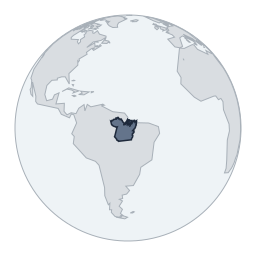 Pará highlighted on a globe, orthographic projection, rotated 350°
{"feature_id": "BRA-594", "entity_name": "Pará", "entity_type": "State", "adm_level": 1, "iso_a3": "BRA", "parent_name": "Brazil", "parent_adm1": "", "projection": "orthographic", "projection_center": [-50.886, -3.617], "detail": "fine", "context": "on_globe", "style": "filled", "palette": "slate", "viewbox_px": 256, "rotation_deg": 350, "n_neighbors": 0, "source": "natural_earth", "source_scale": "10m", "svg_char_len": 12197}
<svg xmlns="http://www.w3.org/2000/svg" viewBox="0 0 256 256"><g transform="rotate(350 128 128)"><circle cx="128" cy="128" r="113" fill="#eef3f6" stroke="#a8b0b8"/><path d="M90.1,21.9L91.3,21.5L91.3,22.8L93.5,21.9L94.9,22.3L98.0,21.6L97.1,22.4L100.4,21.2L100.6,20.6L102.1,20.0L104.0,19.6L103.1,20.4L102.1,20.7L102.8,20.8L101.6,21.4L103.3,20.9L102.1,22.2L106.0,20.4L107.3,21.1L105.8,22.1L102.4,22.5L90.4,27.3L87.8,29.0L87.5,30.7L94.5,32.3L93.1,34.3L93.8,36.5L96.2,34.9L96.5,32.7L101.1,30.7L100.9,28.6L102.8,27.6L104.1,25.5L107.7,25.3L110.5,26.4L109.7,28.2L110.9,28.9L114.8,26.9L116.2,30.6L122.3,33.7L122.2,34.9L116.5,37.1L108.7,37.2L101.4,41.5L110.0,38.4L109.7,42.0L111.3,42.6L113.5,42.4L115.1,41.0L115.9,42.4L107.6,45.6L106.8,44.4L109.4,43.2L105.8,43.5L100.2,46.3L100.5,48.3L91.8,51.5L91.9,53.1L90.0,54.9L90.4,52.1L89.5,57.4L79.3,64.1L77.8,74.5L75.1,66.7L71.6,66.1L67.1,66.7L66.7,68.4L61.3,67.8L55.5,72.0L51.9,80.6L52.6,87.0L58.7,86.5L61.3,82.6L66.2,81.4L61.2,91.8L69.6,92.6L67.9,100.5L70.2,104.4L74.7,103.1L79.3,104.8L83.0,100.0L88.8,97.3L88.5,103.7L92.0,97.7L95.1,100.7L106.9,100.2L105.9,101.7L115.8,109.3L127.2,112.7L129.8,117.5L128.4,120.5L132.5,121.4L132.5,123.3L149.3,126.7L158.2,131.9L158.2,138.8L151.2,146.6L146.0,163.5L133.8,168.9L131.4,175.7L123.3,185.6L115.7,184.9L118.7,189.8L115.2,192.8L110.6,193.1L110.5,196.5L107.1,196.7L109.9,198.9L105.7,203.5L108.4,207.1L105.7,210.8L107.6,212.9L106.1,212.8L104.8,213.6L105.1,214.8L99.9,212.9L96.9,208.2L97.7,205.7L95.6,205.3L97.1,198.9L95.3,200.2L93.4,190.7L94.6,182.6L93.0,159.7L90.2,155.2L81.7,150.2L71.4,133.9L73.6,127.0L71.6,123.9L78.3,114.1L76.9,105.5L74.6,104.4L72.1,107.8L64.7,102.9L62.6,96.6L43.0,88.6L41.7,85.8L42.8,80.7L42.0,66.1L39.7,80.3L38.3,77.9L38.3,73.0L39.6,71.4L41.5,64.3L41.0,62.1L45.6,53.7L55.9,42.9L55.2,44.1L57.7,41.7L58.8,40.2L58.8,39.8L68.9,32.1L69.3,31.9L79.4,26.4L90.1,21.9ZM76.6,78.2L86.2,82.9L80.1,83.9L81.4,82.8L79.1,80.8L74.6,79.1L69.4,80.6L76.6,78.2ZM82.4,72.0L80.6,71.7L82.4,71.6L82.4,72.0ZM58.5,39.9L58.5,40.3L56.8,42.4L56.4,42.2L58.5,39.9ZM62.1,36.7L62.8,36.3L59.9,38.5L60.4,38.0L62.1,36.7ZM102.0,25.8L103.0,25.7L102.2,26.1L102.0,25.8ZM101.6,25.1L100.0,25.8L99.5,25.6L100.5,25.2L101.6,25.1ZM103.7,24.5L99.0,25.1L98.3,24.8L101.5,23.1L103.7,24.5ZM99.9,20.6L99.7,21.2L98.1,21.1L99.9,20.6ZM98.5,20.8L91.5,22.2L92.6,21.4L94.7,21.0L94.8,20.5L98.9,19.4L99.7,19.4L98.2,20.1L100.9,19.2L98.5,20.8ZM102.6,19.7L101.1,20.0L101.9,19.3L105.2,18.7L103.8,19.1L102.6,19.7ZM92.9,21.1L94.1,20.6L97.7,19.5L98.7,19.3L99.1,19.4L92.9,21.1ZM104.6,19.1L106.8,18.5L108.0,18.5L104.1,19.5L104.6,19.1ZM100.8,19.4L101.4,19.1L102.1,19.1L100.8,19.4ZM113.8,18.7L111.9,18.8L112.2,18.4L113.8,18.7ZM107.5,18.2L107.0,18.3L107.0,18.2L108.6,17.8L107.5,18.2ZM101.6,18.7L102.8,18.4L101.6,18.6L104.2,18.0L105.2,17.9L106.0,17.7L104.9,18.1L101.6,18.7ZM110.0,17.3L110.7,17.7L114.0,17.5L113.8,17.8L108.5,18.1L110.0,17.3ZM107.1,17.7L108.9,17.5L107.8,17.8L105.9,18.3L107.1,17.7ZM106.1,17.6L102.1,18.4L102.3,18.3L106.1,17.6ZM111.2,17.1L111.6,17.1L111.2,17.1ZM107.9,17.3L106.5,17.5L107.9,17.3ZM111.9,16.8L112.1,16.9L110.8,17.1L111.9,16.8ZM110.3,16.9L111.0,16.8L110.2,17.1L109.6,17.1L110.3,16.9ZM108.4,17.2L108.1,17.2L109.0,17.1L108.4,17.2ZM116.7,16.1L116.1,16.4L113.2,16.8L114.2,16.4L116.7,16.1ZM109.1,216.9L100.6,213.7L105.2,215.1L107.2,213.2L112.1,215.8L109.1,216.9ZM115.5,212.1L118.6,211.1L119.6,211.7L117.8,212.5L115.5,212.1ZM205.6,46.3L206.2,46.9L207.7,48.4L208.2,48.9L206.7,47.5L205.7,46.5L204.6,45.6L209.3,50.9L211.6,53.2L210.4,53.8L214.1,57.9L214.9,59.6L208.9,53.5L207.2,51.4L198.7,45.3L200.4,47.5L208.6,53.6L207.3,53.0L209.7,56.6L207.0,53.5L197.6,46.8L194.6,48.2L195.9,57.1L193.1,58.0L188.3,56.3L182.6,47.4L189.6,46.6L187.7,43.9L181.8,40.3L184.4,40.6L182.9,39.2L185.1,38.9L183.8,35.7L185.4,35.4L180.7,31.6L180.8,31.1L183.6,33.4L186.4,35.1L189.8,35.2L189.2,34.5L185.8,32.1L187.2,32.7L183.5,30.5L183.4,30.0L180.5,28.9L176.4,26.7L174.1,25.3L172.2,24.5L176.1,26.9L178.1,28.1L180.7,29.3L185.7,33.1L185.5,33.7L178.2,29.4L177.0,30.0L171.8,26.9L164.5,21.7L163.7,21.2L163.8,21.2L171.5,24.1L178.9,27.5L186.1,31.5L192.9,35.9L199.4,40.9L205.6,46.3ZM230.6,81.5L227.1,74.6L225.9,72.4L225.8,72.2L225.5,71.7L227.4,75.3L225.0,71.3L232.4,85.6L234.7,91.9L235.0,92.8L237.5,101.4L239.2,110.1L240.3,119.0L240.6,127.9L240.3,136.8L240.3,137.2L240.0,140.0L238.6,149.3L236.5,158.4L236.2,159.3L233.7,165.5L230.6,173.5L228.8,176.1L226.5,180.6L223.2,185.2L218.9,189.4L215.2,189.0L217.6,184.8L219.7,176.6L223.7,157.1L227.4,148.5L228.2,141.7L225.2,126.6L226.1,118.5L224.6,115.0L222.0,115.8L220.0,111.7L218.1,111.5L204.5,114.3L198.6,109.1L187.7,93.7L189.0,87.5L186.3,80.6L192.6,58.2L197.2,59.4L205.9,57.0L207.5,57.8L210.1,62.6L219.4,69.2L218.2,65.2L223.2,69.2L224.2,69.6L218.3,60.6L216.6,59.7L212.8,55.3L211.3,52.2L211.7,52.6L217.2,59.2L222.3,66.3L226.7,73.8L230.6,81.5ZM194.3,69.2L195.0,71.1L194.3,69.2ZM107.3,100.2L108.7,101.4L106.7,101.4L107.3,100.2ZM78.9,86.4L81.1,86.5L82.2,87.4L80.4,87.8L78.9,86.4ZM98.2,85.8L100.8,86.3L97.9,86.9L98.2,85.8ZM87.8,83.5L96.0,85.7L90.4,87.7L85.2,86.4L89.0,85.7L87.8,83.5ZM80.7,75.5L82.0,75.9L81.3,77.0L80.7,75.5ZM83.7,72.0L83.1,72.1L82.6,71.2L83.7,72.0ZM110.2,41.8L110.9,41.6L113.0,41.7L111.7,42.3L110.2,41.8ZM124.2,39.1L125.1,41.4L123.6,40.0L121.9,41.1L116.8,39.9L121.9,35.5L120.5,37.6L124.2,39.1ZM111.3,37.5L114.0,38.5L110.9,37.6L111.3,37.5ZM172.2,32.8L174.4,33.5L175.6,35.0L173.6,36.3L171.7,34.0L172.2,32.8ZM177.2,34.3L170.5,30.2L171.5,29.5L172.1,30.5L173.4,30.5L174.7,32.2L182.2,35.9L183.8,37.6L179.1,38.5L179.8,37.1L177.6,36.4L177.2,34.3ZM151.7,23.9L148.8,23.0L154.7,22.7L156.7,23.6L154.8,24.7L151.3,24.2L151.7,23.9ZM110.2,21.7L108.7,22.0L108.9,21.6L110.4,21.2L110.2,21.7ZM112.9,18.8L116.9,20.5L115.4,20.8L119.6,21.9L117.3,23.2L114.6,22.4L116.0,24.4L112.7,24.2L114.0,25.6L108.4,23.6L105.5,23.8L109.7,23.0L111.9,21.8L112.0,21.3L110.0,20.1L104.9,20.2L106.2,19.3L108.6,18.6L110.0,18.4L108.7,19.0L111.6,18.4L110.7,19.2L112.9,18.8ZM135.1,15.7L133.0,15.7L138.7,16.0L137.9,16.2L138.6,16.2L139.4,16.6L141.6,17.1L140.7,17.2L142.0,17.4L142.5,17.8L143.9,18.1L142.9,18.5L144.5,19.1L143.0,19.0L146.2,19.9L143.4,19.4L143.8,20.0L146.3,20.2L137.0,22.8L135.3,24.9L135.3,27.0L130.5,26.4L127.3,24.1L125.7,21.6L128.0,20.0L125.4,20.2L125.8,19.5L127.7,19.6L124.9,19.1L125.7,18.6L124.2,17.4L119.8,17.3L119.1,17.0L121.3,16.8L119.1,16.7L122.7,16.2L122.3,16.1L125.5,15.7L129.8,15.7L129.0,15.6L131.4,15.5L135.1,15.7ZM117.6,15.9L123.0,15.6L125.3,15.6L118.8,16.3L118.7,16.5L114.7,17.4L111.6,17.4L113.0,17.1L113.7,16.9L114.4,17.0L114.3,16.7L116.3,16.4L116.8,16.2L118.4,16.1L117.6,15.9ZM207.3,56.1L208.2,56.3L209.1,56.2L210.6,58.6L207.3,56.1ZM201.0,51.6L201.5,51.3L204.0,54.3L203.1,54.2L201.0,51.6ZM199.5,48.7L201.3,51.0L199.8,49.7L199.5,48.7ZM183.8,33.2L184.1,32.9L185.0,33.4L185.8,34.3L183.8,33.2ZM149.1,17.3L151.8,17.9L150.2,17.6L149.8,17.5L145.8,16.8L146.0,16.8L147.0,17.0L149.1,17.3ZM219.2,62.0L220.2,63.6L219.5,62.7L219.3,62.3L219.2,62.0ZM216.2,60.9L217.9,62.2L216.6,61.5L216.2,60.9ZM151.4,17.8L151.5,17.8L149.8,17.5L150.0,17.5L151.4,17.8Z" fill="#d9dde1" stroke="#a8b0b8" stroke-width="1"/><path d="M115.8,117.0L116.2,117.2L117.0,117.1L117.9,117.3L118.1,117.2L118.1,116.9L117.8,116.5L117.7,116.5L117.9,116.2L118.0,116.0L118.5,116.2L119.1,116.2L119.3,116.0L119.7,115.9L119.7,116.0L120.0,115.8L120.2,116.1L120.4,116.2L120.5,116.5L120.3,117.0L120.4,117.4L121.2,117.5L121.7,117.7L121.7,118.0L121.9,117.9L122.2,118.2L122.5,118.1L122.8,118.2L122.8,118.5L123.0,118.4L123.0,118.6L122.9,118.7L123.0,119.1L123.3,119.3L123.6,119.5L123.6,120.1L123.8,120.4L123.8,120.8L124.0,121.3L124.6,121.7L124.6,122.0L124.8,122.2L124.8,122.6L125.1,122.6L125.1,123.0L125.3,123.1L125.6,123.2L125.7,123.3L125.8,123.1L126.0,123.2L126.0,123.5L125.8,123.6L125.3,123.5L124.4,123.9L124.4,124.0L125.3,123.9L125.4,124.0L125.5,124.1L125.9,124.0L126.5,123.6L126.9,123.5L127.0,123.3L127.8,122.9L127.8,122.7L127.9,122.8L127.9,122.7L128.1,122.7L128.1,122.9L127.9,123.1L128.1,123.3L128.1,123.7L128.5,124.3L128.3,124.3L128.3,124.5L128.2,124.6L128.4,124.6L128.4,124.4L128.5,124.5L128.8,124.7L128.8,124.8L128.9,124.7L128.9,125.0L129.1,124.6L129.4,124.7L129.5,124.5L129.8,124.5L130.0,124.6L130.0,125.0L130.0,124.9L130.1,125.0L130.0,124.6L130.4,124.6L130.5,124.8L130.4,124.6L130.5,124.5L130.8,124.4L130.8,124.5L131.0,124.6L131.0,124.8L130.6,125.6L130.6,125.8L130.4,126.2L130.7,126.1L131.2,124.7L131.8,124.0L132.0,124.0L131.6,124.5L131.8,124.4L132.4,123.6L132.8,124.2L132.7,123.9L133.0,123.8L132.7,123.8L132.7,123.4L132.8,123.3L133.0,123.5L133.1,123.2L133.1,122.9L133.3,122.9L133.4,122.7L133.4,122.4L133.6,122.2L133.7,122.4L133.9,122.2L134.1,122.3L134.0,122.0L134.2,122.4L134.4,122.3L134.5,122.0L134.7,122.4L134.9,122.5L134.9,122.4L134.7,122.3L134.7,122.1L134.8,122.1L135.1,122.1L135.2,122.3L135.3,122.2L135.3,122.4L135.4,122.5L135.5,122.2L135.5,122.6L135.7,122.3L135.8,122.5L135.7,122.6L136.0,122.3L136.1,122.7L136.1,122.8L136.2,122.6L136.4,122.6L136.1,122.8L136.8,122.6L136.7,122.7L136.7,123.0L136.9,122.9L136.9,123.0L137.0,122.9L137.0,123.1L137.0,122.9L137.1,123.1L137.0,122.9L137.1,122.7L137.3,122.7L137.1,123.2L137.3,123.1L137.5,123.2L137.3,123.5L137.2,123.8L137.2,124.2L137.0,124.3L137.0,124.5L137.1,124.8L137.0,125.2L136.8,125.3L136.7,125.9L136.3,126.2L136.5,126.5L136.3,126.6L136.2,127.1L136.0,127.4L135.7,127.6L135.7,127.8L135.5,128.5L135.0,128.9L134.9,129.3L134.5,129.8L134.3,130.0L134.0,129.9L132.2,131.4L132.6,131.5L132.9,131.5L133.1,131.7L133.2,131.8L133.4,132.0L133.1,132.2L133.2,132.6L133.1,132.9L132.8,133.0L132.9,133.4L132.7,133.4L132.5,133.5L132.3,134.0L131.7,134.2L131.3,134.5L131.3,135.1L130.9,135.7L131.0,136.0L131.4,136.2L131.1,137.3L130.6,138.2L130.2,138.4L129.6,139.2L129.4,139.9L129.3,140.2L117.2,139.5L116.8,139.3L116.6,139.4L116.5,139.1L116.1,139.1L116.0,138.7L115.0,138.1L114.8,137.5L114.9,137.1L114.6,136.7L114.2,135.7L113.8,135.3L113.8,135.0L113.3,134.5L113.2,134.2L113.6,133.7L117.2,125.6L117.4,125.3L117.0,125.4L117.0,125.2L116.6,125.3L116.5,125.2L116.5,124.9L116.0,124.8L115.8,124.5L114.7,124.1L113.4,123.1L113.2,122.6L112.6,122.2L112.6,121.8L112.4,121.6L112.2,118.4L112.4,118.6L112.7,118.4L113.0,118.5L113.1,118.3L113.1,118.1L113.3,118.0L113.4,117.8L114.0,118.0L114.1,117.7L114.9,117.6L115.3,117.1L115.5,117.1L115.8,117.0ZM132.9,121.6L132.7,122.4L132.5,122.2L132.6,122.6L132.4,122.9L132.4,123.0L132.1,123.3L131.9,123.1L132.0,123.3L132.0,123.7L131.8,123.4L131.7,123.4L131.8,123.5L131.7,123.6L131.8,123.5L132.0,123.7L131.6,123.9L131.3,123.6L131.3,124.0L131.0,124.0L130.9,123.8L131.0,124.1L130.8,124.1L130.7,123.8L130.7,124.0L130.6,124.3L130.4,124.4L130.2,124.0L130.3,124.3L130.2,124.4L129.7,124.3L129.7,124.1L129.4,124.4L129.3,124.1L129.2,124.0L129.3,124.0L129.2,123.8L129.2,124.0L129.3,124.1L129.2,124.3L129.1,124.1L129.2,124.3L128.9,124.5L128.6,124.4L128.6,124.2L128.2,123.7L128.2,123.0L128.6,123.2L128.8,122.9L128.4,123.0L128.2,122.9L128.3,122.0L128.7,122.2L128.4,122.1L128.4,121.6L128.6,121.3L128.9,121.2L129.0,121.1L130.4,121.4L130.9,121.4L131.3,121.2L131.7,121.3L131.9,121.2L131.9,121.3L132.8,121.4L132.9,121.6ZM127.2,121.9L127.5,122.2L127.2,122.9L126.9,123.2L126.3,123.7L125.9,123.8L126.0,123.4L126.4,123.0L126.4,122.6L126.7,122.1L127.1,121.9L127.0,122.2L127.2,121.9ZM129.7,120.3L130.0,120.3L130.4,120.1L130.7,120.2L130.7,120.3L130.3,120.5L130.0,120.9L129.7,121.0L129.6,120.8L129.1,120.8L129.0,120.5L129.5,120.5L129.7,120.3ZM127.9,121.5L127.7,121.3L127.9,120.9L128.2,120.8L128.5,120.9L128.5,121.1L128.4,121.2L127.9,121.5ZM130.1,121.1L130.3,120.9L130.7,120.7L131.0,120.9L130.8,121.1L130.3,121.2L130.1,121.1ZM129.1,120.1L129.2,119.7L129.5,119.8L129.5,119.7L129.7,119.9L129.3,120.2L129.1,120.1ZM129.1,120.3L128.9,120.6L128.7,120.5L128.9,120.1L128.9,119.8L129.0,119.7L129.1,120.3ZM128.1,122.0L128.1,122.3L127.6,122.5L127.6,122.2L128.1,122.0ZM128.5,120.8L128.5,120.5L128.8,120.6L128.9,120.9L128.6,120.9L128.5,120.8ZM127.5,121.2L127.4,121.5L127.0,121.8L127.5,121.2ZM133.3,122.5L133.3,122.9L133.1,122.9L133.3,122.5ZM131.1,124.3L131.0,124.6L130.8,124.6L131.0,124.3L131.1,124.3ZM133.0,123.0L133.0,123.3L132.8,123.2L133.0,123.0ZM134.3,122.0L134.4,122.3L134.2,122.2L134.3,122.0ZM130.7,124.2L130.9,124.2L130.7,124.3L130.7,124.2ZM133.7,122.2L133.9,122.2L133.7,122.3L133.7,122.2ZM129.6,120.3L129.4,120.4L129.5,120.2L129.6,120.3Z" fill="#64748b" stroke="#1e293b" stroke-width="1.5"/></g></svg>